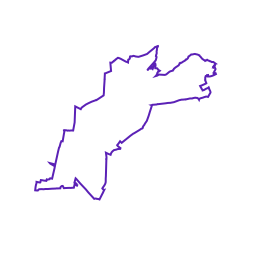 the district of Frecatei, Tulcea, Romania, rotated 116°
{"feature_id": "2599482B40315374043911", "entity_name": "Frecatei", "entity_type": "district", "adm_level": 2, "iso_a3": "ROU", "parent_name": "Romania", "parent_adm1": "Tulcea", "projection": "robinson", "projection_center": [28.616, 45.13], "detail": "fine", "context": "isolated", "style": "outline", "palette": "violet", "viewbox_px": 256, "rotation_deg": 116, "n_neighbors": 0, "source": "geoboundaries", "source_scale": "gbopen_adm2", "svg_char_len": 5499}
<svg xmlns="http://www.w3.org/2000/svg" viewBox="0 0 256 256"><g transform="rotate(116 128 128)"><path d="M152.6,129.1L151.5,128.1L150.2,125.9L149.9,126.0L149.4,126.0L149.1,127.7L148.7,129.3L148.2,130.2L146.1,129.7L143.4,129.3L144.1,127.2L133.8,122.4L130.6,120.7L130.2,120.3L124.6,116.7L122.8,115.7L122.1,114.9L121.8,114.8L121.2,114.8L120.6,115.1L119.1,115.0L118.0,114.7L116.7,114.7L113.3,114.2L107.8,114.8L103.5,115.5L100.5,115.9L98.6,116.2L97.2,116.4L97.2,116.9L96.9,116.5L96.5,116.3L94.4,112.7L93.5,111.8L93.5,111.6L93.2,111.1L89.3,105.0L87.9,103.0L86.9,101.1L85.5,99.2L84.7,98.1L80.5,94.1L79.9,93.3L79.2,92.5L77.9,90.2L76.9,88.7L77.0,88.6L74.4,85.4L73.2,83.1L72.8,82.7L72.7,82.7L71.6,81.3L71.2,80.7L71.1,80.0L70.9,79.6L70.7,79.3L70.6,78.4L70.7,78.1L71.1,77.1L71.5,76.5L70.8,76.6L70.6,76.6L69.7,76.1L69.1,75.4L67.8,73.9L66.8,73.0L66.3,72.4L65.6,71.7L65.3,71.1L65.0,69.7L60.1,69.4L59.7,69.5L59.1,70.0L58.3,70.8L57.9,71.5L57.5,72.0L56.8,72.5L56.1,73.3L57.0,73.7L58.7,75.2L60.5,76.3L61.5,77.4L60.9,77.9L60.9,78.1L60.7,78.7L59.9,79.7L59.6,80.3L58.6,81.6L57.3,80.3L53.8,77.4L53.4,77.2L51.3,79.5L51.2,79.4L50.6,79.8L48.8,80.7L47.3,80.9L46.9,79.5L45.8,80.1L45.3,79.3L46.6,78.6L46.0,77.4L45.3,76.4L44.5,75.5L43.1,74.2L41.0,72.6L40.4,73.3L42.1,74.4L40.4,75.8L40.5,75.7L40.4,75.6L39.9,75.2L39.3,75.2L39.0,75.2L37.0,75.1L36.7,75.2L36.7,75.3L36.4,75.5L35.8,76.1L35.4,76.9L35.8,77.4L36.2,77.4L36.3,77.5L36.1,77.8L36.2,78.0L35.9,78.0L35.7,78.3L35.3,78.2L34.8,77.8L34.8,77.4L34.5,77.2L34.1,77.2L34.1,77.3L33.9,77.5L33.8,77.9L33.1,77.7L32.0,77.5L31.8,77.3L31.3,80.0L31.3,80.4L31.5,80.7L32.0,81.6L31.9,82.9L31.9,83.3L32.1,83.6L32.0,84.7L32.2,85.3L32.0,86.8L32.7,87.1L32.9,87.2L33.0,87.7L33.6,87.9L33.9,88.1L33.7,88.5L33.6,89.0L33.6,89.9L33.4,90.8L33.2,91.9L32.7,92.8L32.5,93.5L32.1,94.0L31.9,95.1L31.7,95.4L31.4,95.7L31.5,97.7L32.0,99.7L32.1,100.3L32.5,100.9L33.6,102.3L33.8,102.6L34.0,103.1L34.3,103.5L35.0,103.7L36.3,104.4L37.0,104.8L37.3,105.0L38.0,104.8L39.1,104.8L39.5,104.9L40.0,105.1L40.6,105.4L41.0,106.0L41.6,106.2L41.9,106.2L42.0,106.1L43.0,106.7L44.1,107.5L46.0,108.6L46.1,108.8L46.8,109.4L46.9,109.6L46.8,109.8L47.0,109.9L47.3,109.6L47.8,109.9L48.1,109.9L49.4,109.9L52.0,111.4L52.1,111.5L52.9,111.9L53.0,112.0L54.1,112.4L54.5,112.7L54.9,112.7L55.4,112.6L55.9,112.9L56.7,112.8L58.4,114.7L58.9,115.1L59.7,115.6L62.6,116.9L63.3,117.3L63.9,117.9L64.3,118.5L66.3,123.4L66.6,123.7L68.1,124.7L69.2,125.9L68.3,125.6L66.7,125.2L66.4,125.2L66.3,125.3L66.4,125.6L66.1,125.6L65.5,125.8L65.1,125.6L64.5,125.7L63.8,125.5L63.5,124.9L63.1,124.7L62.6,124.5L62.5,126.2L61.6,127.8L61.9,128.7L62.3,129.7L60.9,130.3L59.7,130.7L60.0,131.3L59.6,131.5L59.0,131.5L58.3,131.6L58.1,131.8L58.2,132.6L61.0,132.3L63.1,131.8L64.4,131.7L64.4,131.8L64.3,132.0L62.7,132.2L62.6,133.1L63.8,133.3L64.2,133.6L64.4,133.7L64.9,134.0L65.1,135.0L65.4,135.1L65.7,135.5L66.2,135.6L66.8,135.5L67.0,135.8L66.9,135.9L66.6,135.8L65.8,135.7L57.7,133.4L55.2,132.8L54.5,132.8L51.8,133.4L51.5,133.6L51.3,134.1L51.1,134.2L51.1,134.4L50.2,134.7L48.5,134.9L47.8,135.2L46.4,136.0L45.2,136.2L44.0,136.8L43.6,136.9L41.3,136.9L41.2,137.0L41.6,137.5L41.9,137.5L42.1,137.6L42.5,138.2L43.5,139.2L44.0,139.4L44.7,139.5L50.7,142.3L52.9,143.2L53.2,143.4L56.3,146.4L59.3,149.6L59.5,149.9L60.4,152.6L60.5,153.6L60.8,154.8L61.4,155.4L61.9,155.8L62.2,156.4L62.2,156.8L62.8,157.5L63.7,157.3L64.5,156.9L65.3,156.9L65.8,157.1L66.2,157.6L66.6,157.7L66.9,157.6L69.1,156.7L69.1,157.7L69.3,158.9L69.0,165.0L69.1,166.7L69.2,167.2L69.3,167.8L69.5,168.0L69.9,168.1L71.1,168.8L71.4,168.8L71.9,169.2L72.1,169.3L72.3,169.2L72.9,169.4L73.9,170.2L74.5,170.3L74.6,170.2L75.4,170.8L76.1,170.9L76.6,171.4L77.0,172.5L82.9,169.0L84.2,168.2L88.9,172.4L89.1,172.7L89.3,172.6L93.8,170.7L94.2,170.3L94.4,170.3L94.6,170.4L94.8,170.3L95.8,169.8L102.2,167.2L106.9,165.1L109.4,164.2L116.8,168.6L116.8,169.0L117.3,169.3L120.3,172.2L122.9,174.3L125.3,176.1L129.4,178.3L130.1,178.6L131.8,178.7L131.7,184.9L146.4,178.4L154.3,176.2L155.3,178.3L156.0,179.4L156.3,180.2L156.4,180.6L156.9,181.2L157.0,182.1L157.6,183.7L157.9,184.4L158.1,184.6L158.5,184.4L158.8,183.7L161.4,183.0L168.6,180.9L169.0,182.1L171.0,182.0L175.1,181.2L175.7,181.4L179.5,180.6L192.7,177.4L193.8,182.9L194.1,182.2L194.3,179.0L194.5,176.9L196.1,176.5L196.4,176.4L206.8,174.0L207.3,175.9L207.8,176.2L208.5,176.1L209.8,177.9L209.9,178.2L209.8,178.4L209.8,178.5L210.3,178.5L210.9,178.2L211.3,178.2L212.1,180.5L212.6,182.4L213.0,183.5L215.1,183.0L215.4,183.0L215.7,183.5L216.5,186.6L217.3,186.2L218.5,185.9L219.0,185.9L221.6,185.2L224.7,184.1L224.0,182.2L223.6,181.6L223.2,181.6L222.0,181.0L220.8,178.9L220.1,177.1L219.1,175.6L218.1,173.5L216.1,170.1L214.1,166.4L213.4,165.4L213.3,165.0L211.9,162.4L211.3,162.6L210.7,162.7L210.2,162.6L209.1,162.0L208.7,161.3L209.0,160.9L209.6,160.0L210.2,159.3L209.8,158.5L209.6,158.3L207.6,154.6L206.9,153.0L206.4,152.3L205.4,150.5L202.0,151.3L202.2,148.6L201.6,148.6L201.5,149.4L201.3,150.1L200.7,150.0L200.6,150.3L200.5,151.5L200.5,152.2L196.2,153.0L196.4,152.3L198.8,146.6L201.7,138.9L203.3,135.4L206.5,127.3L205.9,126.7L205.5,126.0L205.4,125.6L205.4,125.1L205.0,124.0L204.8,123.4L204.7,122.3L197.7,122.2L197.0,122.1L196.7,122.2L194.3,122.2L194.2,122.2L194.3,122.3L193.8,124.1L193.5,124.6L191.2,124.3L190.2,124.1L188.2,124.0L186.9,124.2L186.0,124.5L183.1,125.9L180.9,126.8L165.9,133.6L165.8,133.8L165.7,133.9L165.5,133.7L163.7,134.5L159.9,137.0L159.9,134.5L159.7,131.9L158.2,132.1L157.2,132.1L156.5,131.9L155.7,131.7L154.0,130.9L152.6,129.1Z" fill="none" stroke="#5b21b6" stroke-width="2"/></g></svg>